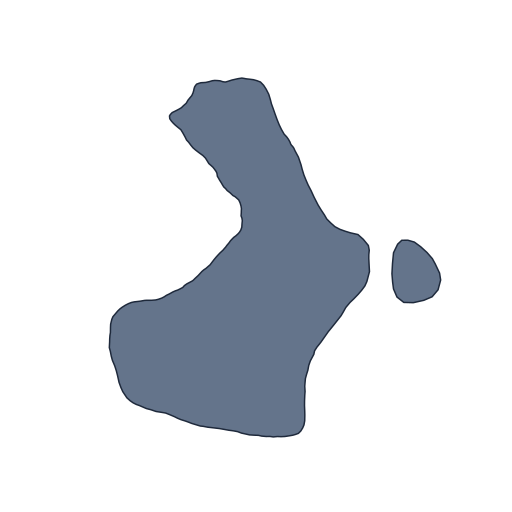 outline of Felidhoo, Maldives, rotated 252°
{"feature_id": "70690204B77108705549894", "entity_name": "Felidhoo", "entity_type": "district", "adm_level": 2, "iso_a3": "MDV", "parent_name": "Maldives", "parent_adm1": "", "projection": "albers", "projection_center": [73.527, 3.453], "detail": "fine", "context": "isolated", "style": "filled", "palette": "slate", "viewbox_px": 512, "rotation_deg": 252, "n_neighbors": 0, "source": "geoboundaries", "source_scale": "gbopen_adm2", "svg_char_len": 3806}
<svg xmlns="http://www.w3.org/2000/svg" viewBox="0 0 512 512"><g transform="rotate(252 256 256)"><path d="M437.2,259.5L437.8,257.3L437.9,255.4L437.8,252.6L436.8,251.1L435.7,249.8L434.1,248.7L432.5,247.8L430.6,246.5L428.4,244.5L427.1,242.4L425.3,239.6L422.8,236.8L421.4,233.5L420.1,230.9L419.5,228.3L418.9,224.8L418.3,220.6L417.0,218.2L415.9,217.0L413.2,216.4L410.3,217.3L407.8,218.4L405.2,219.8L401.9,221.9L399.3,223.6L395.0,224.6L390.7,225.4L387.8,225.8L385.0,227.1L381.7,228.2L378.4,229.5L375.4,231.3L371.9,233.7L367.9,236.6L364.7,238.2L361.5,239.0L358.5,239.7L356.0,241.2L353.7,242.5L351.5,243.3L348.6,244.2L346.7,244.4L343.7,243.9L341.6,244.4L339.5,244.8L336.4,245.6L334.0,246.1L331.6,246.7L329.5,247.9L327.2,248.8L324.1,250.9L320.6,252.8L318.8,254.5L316.6,255.8L314.7,256.9L311.5,257.3L308.2,257.2L305.6,256.8L303.5,256.0L301.5,255.3L298.8,254.2L296.2,254.3L293.8,253.9L291.3,252.8L287.8,251.4L285.4,249.6L283.8,247.7L282.8,246.1L281.4,243.1L280.6,240.6L279.5,238.5L278.4,236.5L276.7,234.2L275.1,231.6L273.7,229.7L273.0,228.4L271.8,226.5L271.1,225.0L270.0,222.6L268.4,219.7L267.3,217.8L265.4,214.8L263.8,212.5L261.8,209.6L260.8,207.2L259.7,204.7L259.0,202.2L258.0,199.8L256.6,197.3L255.3,195.0L253.4,190.9L252.4,189.0L252.0,187.9L251.5,185.2L250.9,181.7L250.0,178.8L248.7,176.6L248.2,173.7L247.8,170.9L247.8,168.7L247.5,165.8L246.7,161.8L246.3,158.7L245.6,156.3L245.1,153.5L245.0,149.8L245.2,147.0L246.1,143.2L246.8,140.9L247.7,138.2L248.2,136.3L248.8,132.0L249.5,128.5L250.0,126.1L250.3,123.2L250.1,119.9L249.6,116.7L248.7,113.1L247.8,110.4L246.4,107.5L244.1,103.8L242.5,101.2L240.3,99.3L236.1,96.7L233.2,95.6L228.2,93.9L225.7,92.6L222.3,91.2L219.7,90.3L214.2,88.2L210.3,88.0L205.4,87.4L201.1,87.2L195.2,87.7L190.1,87.7L185.5,87.4L182.2,87.1L178.2,86.7L172.5,86.9L168.1,87.4L164.9,88.3L161.0,89.4L157.2,91.6L154.4,93.7L151.8,96.3L149.9,98.8L144.8,104.6L142.3,108.5L139.0,112.9L137.0,116.9L134.6,121.5L131.7,125.0L128.3,128.9L126.0,131.2L123.6,134.0L120.9,137.8L118.5,140.9L116.8,142.9L111.5,150.5L110.3,153.2L108.1,157.2L105.7,162.5L103.2,167.9L100.8,172.4L98.7,176.3L96.7,180.5L94.6,184.3L92.1,187.4L89.7,191.5L87.9,194.5L86.0,199.3L84.7,202.9L83.0,205.7L81.2,209.9L80.1,213.5L78.6,216.5L77.7,220.6L76.4,224.1L75.4,227.8L74.7,232.1L74.2,235.6L74.1,238.2L74.2,241.5L75.7,244.5L78.1,247.3L80.5,249.4L84.2,251.4L89.7,253.3L93.7,254.5L98.7,255.9L103.2,257.4L108.6,259.4L112.0,260.8L117.0,262.1L120.4,263.5L124.3,265.2L128.1,267.7L131.3,270.0L135.7,272.4L139.5,275.3L142.3,278.2L144.6,280.6L147.7,282.4L150.5,285.8L154.0,291.1L157.6,295.9L161.8,301.5L165.2,306.8L169.5,313.3L172.9,318.4L175.7,321.6L179.3,325.5L182.8,331.1L185.0,335.7L188.1,341.5L190.7,345.8L193.8,350.2L197.4,353.5L201.9,356.4L206.1,359.1L211.8,360.6L216.2,361.8L218.8,362.5L222.4,363.7L226.5,365.5L231.3,366.1L238.7,363.2L244.9,359.6L248.9,352.9L252.0,348.5L255.4,344.1L259.5,340.1L264.5,337.2L269.4,334.7L273.8,333.8L279.5,332.2L285.3,330.8L294.0,329.4L301.0,328.6L307.5,327.5L312.7,327.0L318.3,326.6L324.2,326.7L328.8,327.0L336.9,326.9L344.1,325.6L346.9,325.3L348.9,324.7L350.3,324.0L351.7,323.6L354.0,323.5L357.0,322.9L359.8,322.0L363.2,320.4L368.5,319.3L373.6,318.6L379.3,318.2L385.5,318.0L390.5,317.9L395.9,317.7L400.4,318.0L405.9,318.1L411.5,317.2L416.0,316.0L420.1,314.0L422.5,311.0L424.5,308.0L426.1,304.6L427.5,301.5L428.6,299.5L429.6,297.5L430.2,293.8L430.5,290.7L430.8,287.4L430.8,283.4L430.9,280.6L432.0,278.3L433.7,276.0L434.7,273.7L435.7,271.1L436.2,268.6L436.3,265.3L436.6,261.9L437.2,259.5ZM225.9,399.5L223.5,394.4L216.6,387.8L206.7,383.5L197.1,379.8L189.1,377.9L182.2,376.6L173.4,377.4L166.2,382.2L163.0,391.2L162.0,401.9L162.8,410.9L167.6,418.7L176.1,424.2L183.0,425.3L193.1,424.0L199.0,422.9L206.5,419.7L213.9,415.5L220.3,410.9L224.1,405.3L225.9,399.5Z" fill="#64748b" stroke="#1e293b" stroke-width="1.5"/></g></svg>